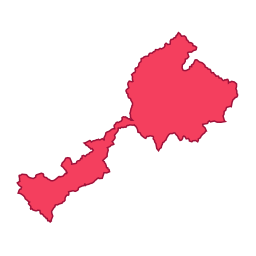 Concepcion, Junín, Peru, rotated 3°
{"feature_id": "86281439B60815042130101", "entity_name": "Concepcion", "entity_type": "district", "adm_level": 2, "iso_a3": "PER", "parent_name": "Peru", "parent_adm1": "Junín", "projection": "natural_earth1", "projection_center": [-75.231, -11.807], "detail": "fine", "context": "isolated", "style": "filled", "palette": "rose", "viewbox_px": 256, "rotation_deg": 3, "n_neighbors": 0, "source": "geoboundaries", "source_scale": "gbopen_adm2", "svg_char_len": 5847}
<svg xmlns="http://www.w3.org/2000/svg" viewBox="0 0 256 256"><g transform="rotate(3 128 128)"><path d="M101.8,180.0L104.9,179.6L106.4,173.9L109.2,173.9L111.9,172.6L111.2,170.4L110.1,169.9L109.8,168.8L108.9,168.8L108.4,168.1L108.3,167.1L107.5,165.1L106.4,163.8L106.1,162.9L105.2,162.5L104.5,161.7L108.6,157.5L108.6,154.6L109.4,151.3L109.0,149.5L108.4,148.7L111.0,147.4L112.2,145.9L113.5,145.6L114.7,145.0L114.4,144.2L112.9,142.4L113.9,141.4L115.5,138.9L115.6,137.7L115.0,136.6L115.0,135.7L117.8,132.0L118.3,130.6L118.2,128.7L119.2,128.4L120.3,128.7L120.9,127.9L121.7,127.6L123.1,127.8L124.4,127.3L126.0,127.3L126.8,125.8L127.2,125.5L128.3,125.4L129.6,124.8L133.1,124.9L134.0,124.5L134.5,125.2L135.4,125.6L136.8,127.4L137.6,129.1L138.2,131.7L140.2,132.1L141.7,134.6L145.0,137.0L146.3,137.4L147.3,135.4L149.0,135.3L150.4,134.6L153.1,135.0L153.7,135.3L153.9,135.9L153.7,137.5L155.2,139.1L155.3,140.3L156.7,142.3L157.8,147.0L159.7,149.1L160.8,146.9L162.2,145.9L162.5,143.6L163.0,142.9L163.5,140.7L164.4,140.4L165.7,138.6L166.4,138.2L167.3,135.5L168.9,132.7L170.0,131.6L170.9,131.3L172.4,131.3L174.2,130.5L175.0,130.5L176.4,132.2L177.6,133.1L178.5,134.4L178.8,135.4L180.7,137.7L182.1,137.2L183.0,135.8L183.4,133.8L184.2,133.1L185.4,133.8L186.7,135.8L188.9,135.3L189.8,136.5L190.0,137.7L190.8,138.0L192.5,138.4L193.5,137.3L196.3,137.0L198.3,138.1L198.9,136.7L198.8,135.3L200.8,133.9L201.3,132.5L202.9,130.4L204.7,128.9L205.8,127.0L206.4,126.9L204.9,123.8L202.7,122.0L202.4,120.4L207.0,119.3L207.5,118.7L207.8,117.5L208.9,116.6L210.0,117.6L213.8,116.5L216.6,117.5L220.5,117.4L224.8,116.4L223.9,115.8L222.3,111.0L223.1,109.3L223.2,106.4L224.6,105.2L225.3,102.3L229.0,101.0L230.0,101.3L230.6,96.7L231.4,94.2L233.0,92.8L233.3,92.0L235.0,91.4L235.7,90.1L235.6,88.5L234.9,88.1L234.7,85.2L233.7,83.1L234.2,81.1L234.1,78.3L231.8,76.5L229.2,76.0L228.7,76.1L228.1,76.8L227.0,76.8L226.0,77.8L225.7,75.4L225.1,74.3L224.4,74.2L223.3,75.0L222.3,74.7L221.4,75.5L220.6,75.6L220.0,75.3L218.5,73.4L216.3,73.2L215.8,71.7L215.4,71.4L213.2,71.7L212.9,70.9L211.2,69.5L210.5,68.3L209.8,68.2L208.9,68.6L208.0,67.8L207.5,66.0L206.7,65.1L204.9,65.0L204.4,64.0L201.8,62.9L201.6,61.5L199.9,59.9L198.4,58.9L195.8,58.3L193.2,56.3L191.5,56.5L189.9,60.6L188.3,61.6L188.3,63.4L187.0,63.2L186.4,63.5L186.3,65.8L183.0,67.6L180.8,67.7L179.9,67.3L178.9,65.2L179.0,62.0L180.8,60.3L181.7,58.4L181.6,56.3L183.3,55.7L185.0,53.6L183.6,50.0L184.1,49.3L185.1,49.0L187.5,48.9L189.4,47.2L191.6,46.5L192.0,45.9L192.3,43.8L190.5,42.7L188.5,42.3L188.4,40.9L187.8,40.2L186.3,39.5L184.4,39.4L183.0,37.3L181.8,36.8L181.8,35.9L181.0,34.2L179.5,33.1L176.6,33.5L175.0,31.2L173.4,30.1L172.7,31.3L172.5,32.3L171.7,32.7L171.2,33.4L170.8,35.2L169.5,35.4L168.7,36.1L168.4,36.9L166.3,37.4L165.6,39.1L165.8,41.1L165.6,42.1L163.3,42.5L161.9,41.4L161.3,41.5L160.4,42.8L160.6,44.1L159.8,45.6L157.4,47.2L155.8,46.8L154.2,48.2L151.4,48.3L150.9,49.8L150.3,50.4L149.6,50.4L148.1,52.0L146.2,52.1L145.4,52.6L144.4,55.2L141.6,55.6L140.0,56.4L139.8,56.9L138.7,57.6L137.5,58.0L137.6,60.6L137.3,61.2L136.1,62.1L135.5,63.3L135.3,65.7L134.7,66.3L134.3,67.2L132.7,67.6L132.1,68.3L132.0,69.1L132.5,70.3L132.1,71.8L131.7,72.4L130.9,72.4L128.8,74.5L129.8,76.4L129.8,78.8L130.5,81.2L129.6,81.6L126.8,81.1L125.7,82.9L125.5,84.3L126.7,87.8L124.4,89.9L124.0,91.1L124.6,92.1L124.8,93.1L126.2,94.1L126.2,95.8L127.0,97.7L128.7,98.4L129.3,99.1L129.4,100.0L131.2,102.7L131.3,105.1L130.8,105.5L130.6,107.1L130.0,108.6L129.5,112.1L129.1,113.2L129.7,114.6L129.9,116.9L130.6,118.5L132.2,120.0L130.4,120.1L128.9,118.7L127.8,118.9L126.5,117.8L125.7,117.8L125.3,117.1L124.7,117.0L123.8,117.3L123.0,117.0L122.2,117.4L121.4,118.2L121.8,119.5L121.1,121.2L117.9,123.1L117.1,122.7L116.6,122.9L115.6,123.7L115.2,124.8L114.1,125.9L114.0,126.7L114.7,129.4L113.2,129.5L111.7,130.2L109.6,132.1L107.1,133.2L106.1,134.1L105.9,136.0L104.5,139.2L104.9,140.6L104.7,141.2L102.9,140.0L100.7,141.3L99.8,141.3L99.1,140.8L98.4,141.3L97.3,141.4L95.6,142.3L94.0,142.6L92.1,143.9L90.9,142.6L90.5,142.5L86.6,144.8L85.0,145.3L86.8,146.7L87.1,147.5L87.7,147.5L89.3,148.3L89.9,149.2L91.3,150.0L92.1,151.0L93.2,150.4L94.5,152.0L93.3,153.7L92.6,153.8L90.9,154.8L90.5,155.8L88.4,156.7L86.8,158.6L85.1,157.7L83.6,158.3L83.5,160.9L82.5,160.8L81.8,162.5L81.2,163.1L79.9,163.3L78.7,164.1L78.4,165.6L77.8,166.1L73.7,167.0L73.7,165.6L71.5,161.1L69.3,160.8L67.4,161.4L66.3,163.9L64.0,166.6L63.8,168.1L63.3,169.0L63.6,169.5L65.1,170.4L67.5,173.1L68.4,173.6L68.6,175.1L69.4,175.3L69.9,175.1L69.4,175.6L69.1,176.7L67.7,176.8L65.5,179.6L62.9,180.3L62.5,180.0L62.0,180.4L61.4,180.2L58.1,183.3L56.8,184.2L55.1,184.7L53.6,184.6L51.7,183.4L51.1,183.5L49.2,181.8L47.7,181.6L46.7,181.1L46.1,180.3L46.2,179.3L45.6,178.2L43.8,177.7L39.0,179.6L38.4,180.5L38.4,181.9L36.1,183.4L33.1,182.9L31.6,182.4L30.6,181.7L29.2,180.1L28.7,179.9L24.6,179.7L22.8,181.1L22.0,180.9L21.8,181.1L21.8,181.9L22.4,184.2L22.4,185.8L22.8,186.8L20.3,188.6L22.3,191.1L24.8,192.6L24.2,194.7L23.1,194.9L22.5,196.0L21.7,198.8L23.5,199.0L25.0,199.6L27.1,201.0L28.4,202.3L29.1,204.1L31.3,205.6L32.8,207.0L33.5,207.2L32.9,207.9L32.6,208.9L34.8,211.1L35.2,212.3L34.8,213.3L35.1,214.1L36.4,213.7L37.3,214.8L40.1,215.5L41.3,215.4L42.2,214.8L44.3,215.0L44.9,217.7L45.6,218.4L46.1,218.1L47.3,218.7L48.9,220.7L50.3,221.5L51.1,222.7L52.1,222.6L52.7,224.8L54.1,224.9L55.2,225.9L56.3,224.8L56.0,224.3L57.5,219.9L56.3,217.0L56.1,215.1L58.2,211.4L59.2,210.4L59.2,209.0L60.2,208.4L61.5,208.5L63.3,207.4L66.1,206.5L66.6,205.4L68.0,204.6L68.9,203.4L68.8,201.4L69.3,199.9L70.3,198.4L71.2,198.1L72.0,198.2L72.3,197.9L72.4,196.5L72.0,194.8L76.5,193.5L78.5,194.0L79.2,193.8L80.9,192.8L81.4,192.2L81.7,190.4L82.3,189.8L85.5,188.2L87.3,187.8L87.7,186.2L88.0,186.2L88.7,187.5L89.3,186.9L91.9,186.2L92.6,185.7L95.2,184.8L96.7,183.6L98.2,181.7L99.1,181.2L100.1,179.9L101.3,179.4L101.8,180.0Z" fill="#f43f5e" stroke="#9f1239" stroke-width="1.5"/></g></svg>